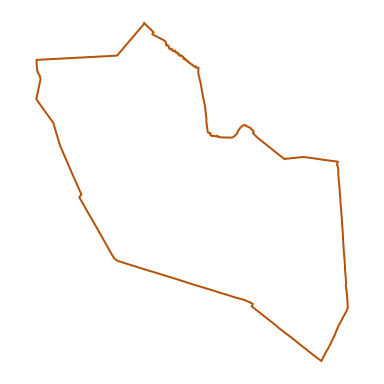 outline of Tri Ton, An Giang, Vietnam
{"feature_id": "81297802B61282348708206", "entity_name": "Tri Ton", "entity_type": "district", "adm_level": 2, "iso_a3": "VNM", "parent_name": "Vietnam", "parent_adm1": "An Giang", "projection": "equal_earth", "projection_center": [104.991, 10.41], "detail": "fine", "context": "isolated", "style": "outline", "palette": "amber", "viewbox_px": 384, "rotation_deg": 0, "n_neighbors": 0, "source": "geoboundaries", "source_scale": "gbopen_adm2", "svg_char_len": 5560}
<svg xmlns="http://www.w3.org/2000/svg" viewBox="0 0 384 384"><path d="M337.9,161.8L336.8,161.5L323.4,159.8L316.3,158.7L309.5,157.7L306.0,157.3L302.6,157.0L299.9,157.3L287.7,158.6L285.6,158.7L285.6,158.9L284.5,159.1L283.5,158.3L280.8,156.2L278.8,154.7L274.8,151.5L273.7,150.7L272.9,150.0L271.0,148.4L269.1,146.9L267.2,145.4L258.6,138.6L255.4,135.7L253.0,133.3L253.6,132.3L253.4,131.7L253.5,131.2L253.4,130.8L252.8,130.5L252.1,129.7L251.9,129.5L251.7,129.4L251.3,129.4L251.2,129.2L251.1,128.7L250.5,128.1L250.1,127.9L249.5,127.5L248.8,127.3L248.6,127.1L248.4,127.0L248.3,126.8L248.1,126.7L247.8,126.5L247.6,126.5L247.4,126.5L247.0,126.5L246.5,126.3L246.4,126.3L246.2,126.1L246.1,125.8L246.0,125.5L245.8,125.4L245.6,125.3L245.2,125.3L244.1,125.0L243.7,125.0L243.2,125.4L242.3,126.1L241.7,126.5L241.0,127.1L239.3,129.0L239.0,129.4L238.6,130.2L238.2,130.8L237.8,131.4L237.6,131.8L237.5,132.6L237.3,133.2L236.8,133.9L235.5,135.1L234.3,136.2L233.4,136.9L232.7,137.3L232.1,137.5L231.1,137.5L230.7,137.6L220.9,137.4L220.5,137.2L220.0,137.1L219.3,137.1L219.1,137.0L219.0,136.7L218.9,136.6L218.2,136.9L217.8,136.9L217.5,136.8L217.3,136.5L217.2,136.1L217.1,135.9L216.9,135.9L216.1,136.2L215.6,136.3L215.0,136.2L214.5,136.0L213.8,136.0L213.3,135.9L213.0,135.8L212.8,135.7L212.5,135.7L212.3,135.8L212.1,136.0L211.8,136.0L211.5,135.8L211.2,135.4L210.4,135.1L210.2,134.8L210.2,134.2L210.4,133.9L210.4,133.4L210.3,133.1L210.1,133.0L209.1,132.9L208.7,132.8L208.3,132.7L208.1,132.4L207.8,131.9L207.7,131.6L207.1,127.5L206.7,124.0L206.4,121.9L206.4,119.8L206.4,117.6L206.2,116.6L205.4,109.8L205.1,106.4L204.5,103.8L203.7,99.9L203.0,96.8L202.4,93.0L201.5,88.4L200.8,84.1L200.1,80.9L199.5,78.5L199.4,78.0L199.3,77.1L199.1,76.3L198.6,74.8L198.5,74.3L198.4,73.6L198.4,72.9L198.3,71.6L198.4,69.9L198.4,67.9L198.1,68.0L198.0,67.9L197.7,67.9L197.3,67.7L197.2,67.6L196.9,67.5L196.5,67.5L196.3,67.6L195.8,67.6L195.7,67.5L195.6,67.4L195.7,66.9L195.8,66.5L195.7,66.4L195.4,66.3L194.6,66.3L194.0,66.4L193.8,66.3L193.1,65.7L192.6,65.2L192.3,64.9L192.2,64.6L192.0,64.4L191.4,64.4L191.1,64.3L190.9,64.1L190.8,63.9L190.7,63.7L190.4,63.4L189.9,63.3L189.7,63.1L189.4,62.9L189.2,62.6L189.1,62.4L188.7,62.4L188.3,62.2L188.1,62.0L188.0,61.8L187.9,61.4L187.8,61.0L187.6,60.7L187.4,60.6L186.7,60.6L186.2,60.2L185.9,60.2L185.7,60.0L185.6,59.4L185.4,59.1L185.2,59.0L184.8,59.2L184.7,59.2L184.6,58.9L184.6,58.6L184.5,58.4L184.4,58.2L183.6,58.5L183.4,58.5L183.4,58.4L183.3,57.6L183.2,57.2L183.1,56.9L182.9,56.7L182.7,56.7L182.4,56.5L182.3,56.3L182.2,56.3L181.8,56.2L181.7,56.1L181.6,55.7L181.4,55.5L181.2,55.5L180.8,55.6L180.3,55.8L180.1,55.8L179.9,55.8L179.7,54.7L179.3,54.4L179.1,54.5L178.8,54.6L178.4,54.6L178.1,54.3L177.9,53.6L177.8,53.2L177.7,52.9L176.9,52.9L176.6,52.2L176.3,52.1L175.9,52.2L175.5,52.3L175.4,52.1L175.3,51.6L175.2,51.2L175.1,50.8L175.0,50.7L174.6,50.7L174.4,50.9L173.8,51.0L172.8,51.0L172.6,50.7L172.6,50.3L172.5,49.7L172.4,49.3L172.3,49.2L172.2,49.2L171.9,49.3L171.1,49.3L170.7,49.3L170.6,48.9L170.3,49.1L169.9,49.1L169.6,49.0L169.6,48.9L169.4,48.5L168.5,46.2L168.4,46.2L168.2,46.2L167.9,45.5L167.8,45.3L167.7,45.1L167.0,45.3L166.6,45.4L166.3,45.4L166.2,45.3L166.1,45.1L166.1,44.0L166.0,42.8L165.9,42.5L165.7,42.2L165.5,41.9L165.3,41.7L165.0,41.3L164.9,40.9L160.1,38.3L155.6,36.0L152.7,34.5L152.3,33.9L152.9,33.1L153.3,32.7L153.6,32.3L152.4,31.0L152.0,30.7L150.0,28.7L147.7,26.6L145.7,24.6L144.6,23.4L144.2,23.0L143.5,24.5L117.1,55.6L102.5,56.4L36.6,59.9L36.6,60.5L36.6,63.3L36.7,64.7L36.8,66.2L37.0,67.9L37.2,70.9L37.4,71.2L37.5,71.5L37.6,71.8L38.1,72.2L38.5,74.1L39.2,74.8L39.5,75.2L39.8,75.7L40.5,79.5L40.4,79.8L36.3,99.2L42.0,107.2L48.6,116.3L53.5,123.1L53.8,124.6L59.9,145.1L63.2,152.9L73.2,176.1L76.3,182.9L79.7,190.7L81.4,194.5L79.6,196.8L79.3,197.4L84.8,206.8L85.7,208.7L90.6,217.1L95.2,225.1L99.9,233.3L110.5,252.2L114.1,258.2L116.7,260.2L117.7,260.9L125.9,263.5L148.9,270.7L156.1,272.8L164.3,275.4L172.9,278.0L181.4,280.7L190.1,283.5L196.0,285.4L198.8,286.1L203.8,287.7L216.3,291.5L217.3,291.9L220.6,292.9L225.4,294.3L233.2,296.8L236.0,297.7L238.8,298.4L242.1,299.3L243.3,299.5L249.6,302.2L251.4,303.1L252.8,304.0L252.7,304.3L252.0,305.8L251.7,306.4L253.2,307.5L254.4,308.5L260.0,312.8L261.9,314.4L275.6,325.1L278.4,327.7L281.9,330.3L286.3,333.8L287.5,334.5L288.4,335.3L291.1,337.3L295.6,341.0L298.4,343.2L299.4,344.1L302.0,346.2L305.8,349.0L307.6,350.4L309.4,351.9L313.2,354.9L316.9,357.7L321.4,361.0L325.3,353.2L326.3,351.3L327.6,349.5L328.1,348.4L329.2,346.4L330.6,343.7L333.4,337.7L334.4,335.8L334.6,335.3L334.8,334.9L336.1,331.5L337.0,329.3L337.9,327.3L338.8,325.3L340.1,322.8L341.5,320.2L342.5,318.5L343.4,316.7L344.3,315.1L345.6,312.7L346.3,311.2L347.7,308.4L347.7,307.2L347.7,306.4L347.6,304.6L347.5,302.4L347.0,295.8L346.6,290.3L346.6,289.9L346.5,289.7L346.2,289.4L346.1,289.2L346.1,288.2L346.0,287.5L345.8,285.7L345.9,283.5L346.1,282.4L346.1,282.0L345.9,280.2L345.5,274.7L345.0,269.7L345.0,266.2L344.3,256.7L343.9,252.6L343.6,248.3L343.4,244.0L343.0,239.8L343.0,237.5L342.8,233.0L342.7,231.9L342.4,228.2L342.1,223.6L341.9,220.4L341.2,210.7L341.0,207.4L340.8,206.3L340.8,205.9L340.7,204.5L340.5,202.9L340.4,199.7L340.3,198.1L340.0,195.0L339.9,193.4L339.5,188.4L339.5,187.8L339.4,187.3L339.4,186.9L339.3,186.1L339.3,185.4L339.3,184.6L339.3,184.2L339.2,183.9L339.0,182.6L338.8,181.3L338.8,180.9L338.6,178.6L338.6,177.5L338.4,176.3L338.4,175.9L338.4,175.4L338.3,174.0L338.5,173.3L338.4,172.5L338.3,171.0L338.2,170.0L338.2,169.4L338.1,168.4L337.9,167.3L337.7,166.4L337.6,166.1L337.2,165.3L336.9,164.9L337.9,161.8Z" fill="none" stroke="#b45309" stroke-width="2"/></svg>